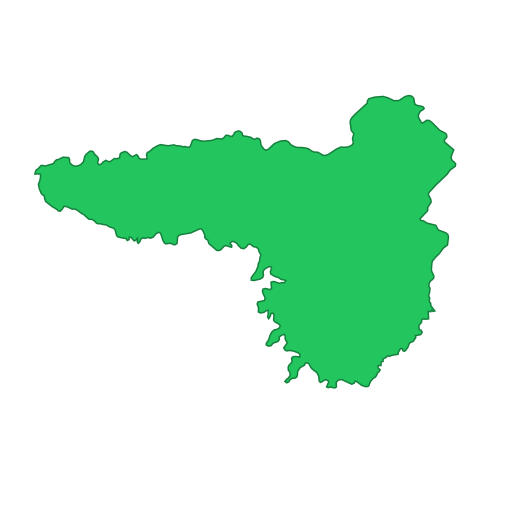 the district of Olhos-d'Água, Minas Gerais, Brazil, rotated 83°
{"feature_id": "56859067B66105634364184", "entity_name": "Olhos-d'Água", "entity_type": "district", "adm_level": 2, "iso_a3": "BRA", "parent_name": "Brazil", "parent_adm1": "Minas Gerais", "projection": "robinson", "projection_center": [-43.585, -17.548], "detail": "fine", "context": "isolated", "style": "filled", "palette": "green", "viewbox_px": 512, "rotation_deg": 83, "n_neighbors": 0, "source": "geoboundaries", "source_scale": "gbopen_adm2", "svg_char_len": 6084}
<svg xmlns="http://www.w3.org/2000/svg" viewBox="0 0 512 512"><g transform="rotate(83 256 256)"><path d="M147.8,465.4L147.9,462.5L148.5,460.1L150.4,460.1L154.5,461.2L158.2,463.2L162.8,462.9L167.5,461.6L169.4,460.3L170.4,458.9L174.1,458.7L176.4,458.0L182.3,452.1L185.6,447.8L187.1,446.8L187.7,444.9L186.4,443.1L183.2,440.3L184.4,436.9L187.1,432.8L187.2,430.3L188.8,427.8L192.5,423.9L193.9,421.9L199.1,417.4L199.7,414.4L201.5,412.0L203.8,410.5L204.7,409.0L205.0,406.8L206.4,403.0L206.7,401.0L209.2,397.9L211.1,393.9L213.1,392.6L217.9,392.0L219.8,391.3L220.9,389.2L223.0,382.6L224.9,382.0L224.3,380.0L222.0,379.6L222.1,377.9L226.2,375.1L225.7,373.4L223.9,371.6L225.8,371.5L227.3,372.2L229.1,371.4L227.7,369.5L225.5,368.4L224.2,366.6L224.9,364.6L224.5,360.6L225.5,358.7L224.7,355.7L221.8,352.5L220.6,349.9L221.8,347.9L228.5,346.6L231.7,345.5L233.0,344.0L232.8,340.8L233.4,338.2L234.7,336.6L234.9,334.7L233.9,332.8L227.9,331.6L226.4,330.5L225.6,328.2L225.2,318.1L222.6,309.8L222.3,307.1L224.3,305.7L229.4,304.2L231.4,304.6L232.9,303.8L234.3,301.9L238.0,301.2L245.6,294.3L246.1,292.2L245.5,290.0L242.8,287.1L241.9,284.9L244.4,279.2L242.5,278.7L240.5,280.3L238.9,278.8L238.8,276.7L240.7,273.8L243.8,272.0L246.4,269.8L247.3,267.3L245.9,264.5L243.8,262.7L243.3,260.4L246.4,257.4L247.3,254.6L249.4,252.7L251.6,252.6L255.6,251.0L257.3,252.0L261.2,253.0L264.2,254.8L266.5,255.3L271.0,257.8L276.8,263.3L279.4,263.7L280.1,261.1L279.4,254.7L278.2,252.0L275.9,250.9L272.3,250.9L270.9,249.9L269.5,248.0L268.4,245.1L268.2,242.8L269.8,242.0L273.2,243.6L275.6,243.6L278.4,240.1L280.3,236.1L281.9,234.4L282.8,232.9L283.1,230.9L284.1,229.5L286.0,231.0L285.6,233.7L286.0,235.9L283.4,241.6L283.8,244.3L290.1,244.5L291.0,246.2L289.4,250.6L289.7,253.1L291.6,253.9L294.0,253.6L298.8,252.0L301.2,253.0L301.9,259.8L303.8,260.7L308.0,259.8L311.8,260.5L313.1,258.7L312.9,255.0L311.7,252.9L311.2,250.7L314.7,250.9L318.1,251.9L319.8,251.1L318.2,249.6L314.9,248.0L314.8,246.2L316.6,245.2L321.3,246.3L323.3,245.7L326.4,241.6L328.1,240.4L330.2,241.6L331.3,244.0L331.6,246.9L333.1,249.3L336.4,251.7L340.6,253.6L344.0,256.4L345.6,256.7L346.9,254.8L346.9,252.0L344.6,249.7L343.5,244.5L341.7,243.0L339.4,242.9L337.9,240.7L337.2,237.6L339.2,236.7L341.1,237.2L343.0,236.9L344.8,235.9L346.3,235.8L350.7,239.7L353.3,238.4L354.0,236.4L353.8,234.3L354.9,230.5L357.4,225.7L359.3,224.4L361.6,224.8L360.5,229.2L360.5,231.6L361.7,233.1L365.5,233.1L368.8,236.9L370.6,237.7L373.3,237.8L375.2,236.7L376.9,236.4L379.0,236.9L381.0,238.7L382.2,240.7L384.0,242.6L385.6,241.1L385.0,238.9L383.1,237.4L381.9,235.1L382.0,232.2L381.0,230.2L379.2,229.4L375.6,228.7L372.1,225.7L370.3,221.2L368.5,220.2L368.2,218.2L369.8,216.4L373.5,215.1L375.0,214.0L379.4,209.6L383.2,208.4L388.1,208.5L389.4,207.2L387.2,202.2L388.4,199.7L390.0,199.3L394.5,201.9L395.5,200.4L395.1,198.1L396.1,195.6L396.5,193.5L395.7,192.1L391.4,191.9L389.8,190.3L389.0,188.4L389.1,186.0L394.9,176.6L394.3,174.2L392.2,172.7L393.1,171.2L397.4,166.7L399.2,162.7L398.9,160.1L394.5,157.7L391.8,154.6L390.8,152.3L389.0,150.7L386.9,149.8L385.8,147.9L384.2,146.6L382.0,148.5L379.7,148.2L379.9,145.3L378.0,145.1L376.4,144.4L376.0,142.6L374.4,142.8L373.2,141.3L372.6,139.2L371.1,137.8L371.9,135.7L371.1,133.3L370.9,127.0L369.1,126.5L365.5,123.9L365.9,121.9L367.8,121.8L368.7,120.4L367.9,118.9L364.8,116.2L361.4,114.5L360.4,112.6L360.0,110.5L356.4,107.3L354.5,107.5L354.1,102.1L351.9,100.3L350.0,101.1L348.7,103.0L344.7,102.8L342.1,99.8L340.0,99.5L338.8,98.3L339.4,95.2L339.4,92.3L332.0,91.9L332.6,89.3L331.2,88.1L332.6,87.1L332.3,85.2L326.9,88.4L323.8,88.5L322.5,89.6L318.8,88.7L316.7,89.6L313.1,88.1L309.1,87.2L307.2,88.1L304.8,87.7L302.1,86.0L301.0,83.9L299.5,82.3L297.2,81.9L292.9,83.4L291.0,83.6L284.6,82.3L282.5,81.5L279.1,77.9L275.8,73.6L271.1,69.2L268.4,64.6L260.5,62.6L258.0,63.0L256.1,64.8L252.3,72.0L247.4,73.8L244.2,82.3L241.5,85.5L240.9,88.0L239.1,88.7L232.4,80.6L231.0,79.8L228.9,79.7L223.9,75.6L221.2,75.6L215.8,77.5L214.0,76.5L207.2,68.5L198.2,56.4L194.5,53.0L191.2,47.3L189.0,46.6L187.1,47.7L185.5,49.4L182.9,50.5L180.1,49.7L174.8,46.8L165.6,55.1L163.8,54.8L161.3,52.1L158.5,52.1L156.9,53.5L153.6,58.4L145.3,64.8L142.6,67.5L142.1,70.1L144.5,74.8L143.2,75.8L138.1,77.9L136.3,77.7L134.2,76.7L132.3,75.0L131.2,72.6L130.1,71.1L128.5,71.8L127.6,73.4L126.1,77.9L125.0,79.5L122.6,80.1L119.3,80.1L117.7,80.8L116.2,82.2L115.4,84.7L115.7,87.7L116.5,89.9L119.1,95.0L118.7,100.1L115.0,105.9L113.1,110.5L112.8,119.1L113.7,124.8L115.5,126.5L117.9,127.0L127.5,140.5L130.4,144.0L132.5,145.6L134.8,146.3L142.9,146.2L146.5,144.0L151.2,145.9L155.5,145.6L157.3,146.8L158.4,149.0L159.0,152.0L158.9,154.7L158.2,158.6L159.7,163.2L163.9,171.6L164.5,174.0L164.5,176.7L160.6,181.9L159.8,186.0L158.7,187.8L156.1,190.7L155.0,193.2L153.9,197.3L153.3,201.8L152.4,204.1L150.0,207.6L146.4,210.1L145.0,212.7L144.9,217.9L146.7,224.1L151.6,230.8L152.2,233.4L151.1,234.9L147.9,236.9L146.3,237.5L141.5,237.7L140.1,238.5L139.1,240.5L140.1,243.1L139.3,244.7L137.6,246.6L135.9,251.3L135.7,253.0L134.4,254.7L132.1,254.9L130.7,256.1L129.7,258.0L130.2,260.9L131.1,262.4L132.6,263.3L134.4,265.1L133.7,267.7L132.6,269.5L132.6,271.3L135.3,274.2L135.6,276.7L134.6,280.6L135.7,284.5L135.9,287.1L135.7,293.6L135.1,296.4L133.2,300.8L132.7,302.8L133.6,305.0L138.9,307.7L139.9,309.1L139.5,311.3L138.6,313.3L138.9,315.2L137.8,316.8L136.8,321.7L135.7,323.9L135.9,329.7L133.8,337.2L134.6,340.4L135.6,342.8L136.6,345.1L139.3,349.0L140.0,351.2L142.1,352.4L144.3,352.1L146.4,352.5L145.9,358.4L144.5,360.3L142.5,360.8L140.8,362.2L142.4,366.5L140.9,368.5L137.4,371.3L136.3,373.4L137.1,377.0L138.2,378.4L142.0,379.5L142.5,382.1L142.0,384.7L144.6,389.4L144.2,391.2L142.7,393.3L144.0,396.2L146.2,398.8L146.0,401.2L144.2,401.8L140.4,400.5L138.6,401.1L135.1,403.9L132.6,404.9L131.6,407.1L132.2,409.0L134.7,412.5L136.6,414.0L141.2,415.6L143.7,418.5L144.5,420.6L144.9,422.4L144.8,424.7L143.8,426.9L140.8,429.5L137.4,429.3L135.5,429.9L134.4,435.5L135.9,439.5L136.3,442.5L138.0,444.6L139.5,445.5L141.1,454.6L140.1,456.5L140.0,458.3L142.7,461.5L143.9,463.7L146.2,465.0L147.8,465.4Z" fill="#22c55e" stroke="#15803d" stroke-width="1.5"/></g></svg>